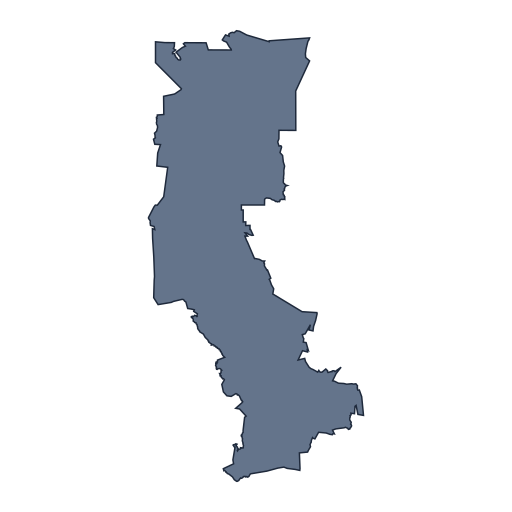 Chihuahua, Chihuahua, Mexico (orthographic projection)
{"feature_id": "50627088B4018820308250", "entity_name": "Chihuahua", "entity_type": "district", "adm_level": 2, "iso_a3": "MEX", "parent_name": "Mexico", "parent_adm1": "Chihuahua", "projection": "orthographic", "projection_center": [-106.189, 28.94], "detail": "fine", "context": "isolated", "style": "filled", "palette": "slate", "viewbox_px": 512, "rotation_deg": 0, "n_neighbors": 0, "source": "geoboundaries", "source_scale": "gbopen_adm2", "svg_char_len": 6062}
<svg xmlns="http://www.w3.org/2000/svg" viewBox="0 0 512 512"><path d="M309.6,60.9L305.7,57.5L305.4,53.8L306.1,48.7L307.9,41.4L308.9,39.9L309.6,37.9L269.2,40.8L269.2,41.7L246.7,35.0L239.7,31.3L236.5,30.7L234.1,32.7L232.4,32.3L230.7,32.8L229.5,33.6L228.8,34.1L229.1,36.2L225.5,34.9L222.3,39.9L223.5,40.9L226.6,42.2L229.4,47.0L231.2,49.3L231.3,50.0L208.3,49.9L206.1,42.8L184.8,42.7L183.4,43.8L185.4,46.2L182.4,47.5L176.1,52.2L180.3,57.4L180.2,58.3L180.8,59.0L180.3,60.0L178.6,59.9L177.7,59.3L177.2,58.2L176.1,57.5L175.5,55.9L175.0,55.7L174.7,53.6L172.5,53.7L172.5,52.4L175.6,50.0L173.4,48.6L174.3,46.6L174.5,42.7L164.8,42.6L155.5,41.8L155.5,62.7L181.4,88.7L181.0,89.7L174.6,94.0L163.6,96.3L163.8,114.5L157.3,115.0L157.3,116.3L157.0,116.9L156.4,117.3L157.0,118.4L156.5,118.7L156.7,120.3L156.7,121.9L156.4,122.3L156.6,124.2L157.4,125.5L157.6,127.4L156.6,131.2L154.5,133.2L155.0,135.1L155.1,137.3L155.4,137.8L153.5,139.2L154.8,144.3L160.5,144.6L157.7,153.0L156.8,166.0L167.7,167.3L163.7,196.8L157.3,205.2L155.3,205.1L153.9,207.0L148.5,217.5L148.6,218.6L150.3,220.9L150.1,222.7L150.5,225.4L154.1,226.5L154.8,229.6L152.4,228.7L152.6,238.2L153.8,257.2L154.5,276.5L154.2,280.1L153.7,297.7L158.1,304.6L171.3,302.4L173.5,301.4L181.9,299.4L182.9,299.4L183.8,299.9L184.6,301.1L185.9,302.0L187.7,308.5L191.5,309.1L194.3,309.8L193.7,311.4L197.4,313.8L197.0,315.5L197.3,316.2L196.9,316.6L196.5,316.4L196.4,315.9L194.6,315.3L193.5,316.6L192.3,316.2L191.3,316.7L191.4,317.4L192.2,317.5L192.2,318.1L193.0,318.8L193.3,319.6L193.2,321.1L194.2,321.7L194.6,322.4L196.0,322.8L196.0,323.3L196.5,324.2L197.0,324.4L197.2,325.9L197.7,326.9L197.6,328.0L198.2,329.5L199.5,330.9L199.6,331.7L203.4,334.1L205.2,337.4L208.0,340.1L208.1,340.9L208.8,341.4L208.8,342.2L211.1,343.8L211.5,343.8L211.3,345.1L213.4,344.7L214.0,345.2L214.2,346.0L215.2,346.0L215.8,347.0L216.3,346.9L216.7,347.4L217.3,347.5L217.4,348.3L219.0,348.7L219.1,349.6L219.9,349.8L220.4,350.4L220.2,350.9L220.7,351.6L221.1,351.7L221.3,352.6L222.0,353.4L221.9,354.0L222.3,354.2L222.8,355.5L224.7,357.3L217.5,360.1L217.5,361.1L217.2,361.4L217.4,361.5L217.4,361.9L216.9,362.0L217.2,362.2L216.9,362.4L216.9,363.4L216.4,363.3L216.4,362.8L215.8,362.9L215.7,364.0L216.0,364.5L215.6,365.6L216.4,366.8L216.3,367.3L216.5,367.4L216.3,368.7L216.6,369.3L217.2,369.4L217.7,368.8L219.8,368.5L220.6,369.0L221.6,370.1L221.1,370.2L221.0,372.8L220.4,373.2L220.3,373.8L219.7,373.7L220.0,374.3L220.1,375.9L220.6,376.0L220.8,375.7L221.2,375.9L221.0,376.4L221.5,377.6L222.5,378.3L222.8,378.8L223.0,378.6L223.6,378.8L224.4,379.8L221.8,384.4L223.4,391.9L226.9,395.8L231.2,396.4L235.9,393.6L237.2,394.2L237.2,394.8L237.8,395.1L238.3,394.9L239.4,395.9L241.4,400.4L242.0,400.5L242.0,401.0L242.7,401.8L241.9,402.8L235.7,408.3L239.6,409.0L246.1,416.1L244.6,417.3L243.1,430.3L243.1,432.5L242.5,433.0L242.1,434.4L241.4,435.0L241.8,435.7L241.3,436.0L242.1,436.9L242.1,437.8L242.5,438.6L242.3,440.8L243.1,443.3L242.9,443.7L243.5,445.6L243.2,447.0L243.3,447.8L242.9,448.0L240.6,447.7L240.8,448.5L239.9,449.1L238.6,449.2L237.5,450.9L237.3,450.5L238.1,449.1L238.0,448.4L237.5,447.9L237.4,447.1L236.4,446.1L236.1,445.4L237.0,444.2L235.8,443.8L235.3,444.3L233.6,444.7L233.1,445.1L234.5,447.2L235.0,447.3L232.9,459.9L233.6,463.8L223.3,468.7L223.8,470.5L224.1,470.2L224.7,470.4L225.5,471.5L226.1,471.8L226.0,472.3L226.9,472.8L227.3,473.5L228.9,474.1L232.5,476.9L234.3,479.7L236.6,481.3L237.3,481.3L238.8,480.5L239.3,479.6L240.6,478.0L241.3,478.3L242.1,478.0L242.7,477.6L243.3,476.7L243.8,476.8L244.0,476.4L245.3,476.4L245.8,477.0L246.8,476.5L247.4,477.1L248.2,476.9L248.9,476.4L250.2,474.1L250.7,473.8L266.9,471.1L277.8,468.1L283.9,467.1L287.2,468.4L295.1,469.4L299.8,470.4L300.0,468.6L299.4,452.9L307.5,452.1L307.9,451.7L307.9,451.2L310.5,446.7L310.0,444.5L310.5,443.7L310.7,442.9L311.2,442.3L311.4,440.3L312.5,437.7L312.8,438.1L314.9,438.9L318.6,432.3L326.2,433.0L329.8,434.3L332.3,434.7L332.7,433.9L333.1,433.7L334.4,433.9L332.5,430.1L335.8,428.9L344.1,427.8L345.5,427.3L347.7,428.3L348.4,429.4L349.8,429.0L349.8,428.4L350.6,427.7L351.6,425.9L351.3,424.8L350.6,424.1L351.0,423.4L351.2,422.2L349.9,420.3L349.7,419.4L349.8,417.6L350.2,417.1L350.2,416.3L350.0,415.6L350.8,415.2L351.1,414.7L350.9,413.2L354.5,413.7L355.0,406.3L356.1,405.4L357.9,414.4L363.5,415.4L361.7,396.7L359.3,390.0L357.9,390.2L357.6,389.6L357.3,388.7L357.6,388.1L357.2,387.5L357.5,385.8L355.9,383.8L353.4,384.1L351.8,383.7L346.6,384.2L343.9,383.5L338.5,383.2L334.5,381.2L332.6,380.8L336.1,373.6L341.1,367.2L335.0,371.6L334.0,370.7L333.0,370.8L332.3,370.9L331.9,371.7L331.5,371.5L328.0,372.5L327.5,371.6L327.6,370.8L325.8,369.0L322.2,372.0L320.8,372.3L319.6,371.7L318.8,370.4L317.7,372.1L312.8,369.4L311.0,368.7L309.1,367.2L305.5,361.5L304.7,358.4L298.1,360.0L302.5,350.7L307.5,352.0L307.2,349.9L308.4,350.6L306.1,342.6L303.3,342.1L303.8,338.6L303.2,337.7L302.3,334.6L305.2,333.8L310.4,324.7L309.0,330.0L313.0,330.9L313.6,326.4L315.6,320.5L317.1,313.8L316.9,312.6L302.1,311.7L272.8,294.0L273.7,288.8L271.5,284.9L269.8,280.2L269.2,279.3L270.8,278.2L267.5,270.0L267.0,270.2L264.4,265.9L264.5,263.7L263.8,262.9L264.7,261.0L262.3,261.0L259.4,259.4L255.2,258.5L254.5,258.6L247.4,242.0L246.5,240.3L244.9,236.1L247.6,236.1L245.0,232.8L246.9,233.0L248.9,234.5L251.9,235.4L253.2,235.2L250.5,229.4L250.0,229.4L250.0,225.4L245.7,225.5L245.8,221.9L243.2,221.9L243.2,210.0L241.4,210.0L241.4,205.0L264.5,205.0L264.6,199.4L265.1,198.7L266.5,197.9L270.3,198.4L272.0,199.7L274.2,200.3L275.6,201.5L276.2,201.3L277.4,201.9L278.2,201.6L279.4,201.7L279.9,201.0L279.9,200.3L280.2,199.9L281.5,199.3L282.8,199.5L284.3,199.3L284.8,199.5L284.8,198.6L284.5,198.1L284.9,196.9L284.2,196.1L284.2,195.3L283.3,194.7L283.0,191.8L284.5,190.3L284.2,189.1L284.5,189.0L284.9,187.1L286.2,185.8L287.2,185.5L285.5,185.0L284.7,184.3L284.7,183.9L283.8,183.3L283.3,182.4L283.4,179.1L283.7,178.4L283.5,177.5L283.9,173.8L283.8,170.3L284.6,166.1L283.3,161.9L282.6,155.5L280.0,152.6L281.6,147.0L280.9,145.8L279.0,146.0L277.7,141.9L278.9,138.9L279.0,130.3L295.8,130.4L295.7,91.0L309.6,60.9Z" fill="#64748b" stroke="#1e293b" stroke-width="1.5"/></svg>